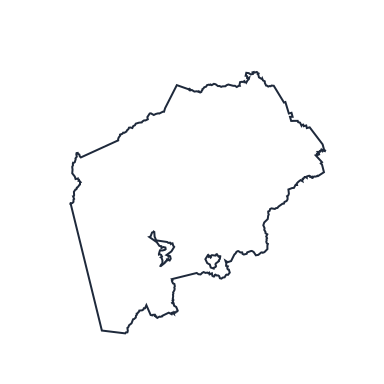 Alpine, Victoria, Australia (Mercator projection), rotated 66°
{"feature_id": "25037944B21518620554178", "entity_name": "Alpine", "entity_type": "district", "adm_level": 2, "iso_a3": "AUS", "parent_name": "Australia", "parent_adm1": "Victoria", "projection": "mercator", "projection_center": [147.028, -36.834], "detail": "fine", "context": "isolated", "style": "outline", "palette": "slate", "viewbox_px": 384, "rotation_deg": 66, "n_neighbors": 0, "source": "geoboundaries", "source_scale": "gbopen_adm2", "svg_char_len": 6042}
<svg xmlns="http://www.w3.org/2000/svg" viewBox="0 0 384 384"><g transform="rotate(66 192 192)"><path d="M128.2,74.1L127.1,76.1L127.4,77.1L126.7,78.2L126.7,79.5L125.3,80.3L124.9,81.0L122.0,81.1L120.5,80.5L118.9,81.8L117.0,81.7L117.4,82.1L114.5,84.2L111.6,83.7L111.1,83.2L110.8,84.0L109.6,83.5L108.7,84.0L108.3,86.8L107.5,86.7L107.3,88.1L108.9,88.4L108.5,90.5L106.5,91.8L105.2,93.9L107.6,95.7L108.0,94.9L108.7,94.6L110.3,95.3L110.8,94.5L110.7,93.2L112.1,94.3L112.5,95.7L114.2,98.0L113.6,98.1L113.1,99.4L112.0,99.1L112.1,100.9L111.5,101.9L111.2,103.4L113.4,105.0L114.4,105.1L114.0,106.1L114.3,108.4L112.4,109.6L111.8,111.1L108.6,115.1L108.5,117.1L109.0,118.4L107.9,121.2L107.8,122.6L106.4,123.7L105.8,125.2L103.2,126.6L102.1,128.0L102.4,130.5L101.3,131.4L101.5,132.1L100.8,132.9L100.5,134.8L101.5,136.3L101.3,138.2L102.1,139.5L102.3,140.7L103.1,141.1L103.5,142.0L104.4,142.8L104.4,144.1L102.8,144.8L103.1,145.4L102.0,146.5L101.2,149.0L98.7,150.7L98.5,152.0L97.7,152.0L97.9,152.9L97.1,153.2L96.6,152.9L96.5,153.6L88.2,162.4L104.5,182.5L107.3,184.9L106.8,185.9L107.0,190.0L106.4,190.9L106.0,193.2L106.1,195.6L103.4,197.6L103.1,198.7L105.4,202.3L107.6,202.8L107.7,205.4L107.1,206.6L107.4,208.6L108.0,209.6L107.1,212.2L106.7,215.6L107.8,217.0L107.9,218.9L109.3,220.5L108.1,221.9L107.6,223.4L108.8,224.7L109.2,226.3L110.1,227.3L110.4,229.7L109.8,230.7L110.5,231.9L110.3,234.4L111.2,234.6L112.4,236.8L113.7,238.0L114.8,238.4L115.2,279.5L113.9,280.0L111.9,279.7L110.7,280.7L109.8,280.5L109.5,281.6L110.4,282.3L112.9,282.9L113.9,284.8L114.7,284.9L117.1,287.0L117.3,288.5L117.0,288.8L117.9,289.5L119.0,289.7L120.3,291.2L122.9,292.0L126.2,293.8L130.2,292.8L132.8,293.1L133.2,291.0L133.5,291.2L134.7,290.3L135.7,291.1L136.3,290.2L137.7,289.8L137.7,290.4L139.6,291.3L140.0,292.7L140.8,293.6L141.2,295.5L142.0,295.8L142.5,296.7L142.3,297.4L143.8,299.8L147.0,301.0L148.0,302.0L147.8,302.4L150.4,302.5L150.7,303.3L152.8,304.3L153.4,305.7L153.4,306.4L153.1,306.9L153.3,306.9L153.5,308.0L154.4,307.8L281.9,330.7L294.0,310.5L293.4,309.4L293.9,308.1L292.7,307.1L289.9,306.3L289.7,305.3L288.1,303.6L287.4,300.7L284.3,297.6L284.5,296.6L283.8,294.4L282.2,293.5L281.7,292.3L280.6,292.0L280.7,291.0L280.1,290.3L279.8,289.1L278.9,288.4L279.8,285.7L279.6,284.2L278.6,283.3L279.1,282.2L276.8,279.7L287.5,279.8L288.6,278.4L288.3,277.7L289.0,275.8L289.6,275.7L290.3,276.3L291.1,275.3L291.6,275.6L292.9,274.9L292.6,272.5L293.2,271.5L293.5,269.8L293.0,269.5L292.8,262.3L295.4,260.3L295.1,260.0L295.2,259.1L294.2,259.5L294.2,258.8L295.8,258.1L295.3,258.0L295.2,257.0L294.7,256.9L295.5,256.1L294.8,254.9L295.1,254.0L294.6,253.3L290.6,253.2L288.6,254.6L286.5,254.1L285.7,255.2L285.2,255.3L285.0,254.0L283.3,253.9L283.3,253.1L282.5,252.8L281.9,253.1L279.4,251.5L278.1,251.2L277.2,250.3L276.1,250.1L274.5,248.0L273.4,247.2L272.2,247.1L271.1,246.0L268.8,245.5L267.8,246.5L265.9,246.6L264.9,246.5L264.6,245.7L263.4,245.9L267.9,220.6L269.7,219.6L270.8,217.7L270.0,215.5L269.9,213.9L271.4,212.6L271.9,210.7L272.8,210.2L272.7,209.1L274.4,209.4L274.4,206.9L276.8,207.5L277.9,206.8L278.2,206.0L277.0,204.8L277.0,204.2L278.4,203.3L278.8,202.1L279.9,201.4L282.1,201.6L283.1,200.3L282.7,198.7L283.2,196.9L281.7,194.8L281.5,194.1L282.3,192.8L281.0,190.3L277.9,189.9L277.2,190.8L276.3,190.8L275.3,190.5L274.5,189.5L273.3,190.9L271.2,189.7L268.4,189.4L270.6,188.0L271.0,184.4L266.4,178.8L265.8,177.1L264.8,175.8L264.6,174.5L264.9,173.6L266.9,172.4L267.6,170.7L269.1,171.0L270.2,170.1L270.7,167.2L269.6,166.1L269.9,162.1L270.2,161.3L271.8,160.1L275.8,159.4L276.4,157.0L275.4,153.3L275.7,152.5L276.3,152.1L276.4,150.3L274.8,146.3L271.7,145.0L270.3,143.8L269.5,144.5L267.7,144.4L266.3,143.3L265.3,143.1L264.7,142.2L262.8,142.3L261.3,140.4L259.6,141.6L258.1,141.1L256.0,141.4L254.5,140.4L251.4,140.4L249.2,138.4L247.5,133.8L244.7,132.1L243.7,131.0L242.6,131.0L240.8,130.3L240.8,128.8L239.3,127.5L239.3,126.0L241.2,123.2L240.9,122.1L241.3,120.4L240.5,118.9L239.5,114.0L240.0,112.8L238.7,111.5L238.7,109.3L237.7,107.8L236.2,107.0L234.5,106.9L234.4,105.6L233.0,104.2L228.9,102.9L229.1,99.0L229.7,97.2L227.7,94.6L228.3,93.2L226.9,93.0L225.9,90.6L225.3,88.0L226.9,86.8L225.9,86.7L225.6,85.4L224.9,85.4L224.6,83.5L224.1,83.0L224.4,82.2L225.6,81.4L224.7,81.1L224.5,80.6L224.8,78.3L225.8,77.5L226.3,77.9L226.9,77.2L227.0,76.0L228.8,76.7L227.8,75.8L227.6,74.0L228.3,72.6L228.2,70.7L228.7,70.5L227.6,63.4L220.0,62.1L218.2,62.7L217.7,61.1L208.8,64.1L208.9,63.3L208.6,63.0L209.3,62.8L209.2,62.4L208.7,62.3L209.3,61.9L209.3,61.4L208.9,61.5L209.1,60.9L208.2,60.9L208.6,60.4L208.1,60.3L206.6,60.7L207.1,59.5L206.6,58.7L207.2,58.2L206.2,57.0L206.7,57.0L206.4,56.3L207.3,56.1L206.7,55.7L207.1,55.4L207.0,54.9L208.0,53.9L208.2,54.6L208.7,54.0L208.3,53.7L206.8,54.1L201.6,53.3L180.8,58.2L180.3,61.1L177.7,60.6L177.3,63.2L175.7,63.0L175.4,64.7L175.7,65.0L172.6,65.1L171.4,66.6L170.0,66.5L167.4,72.5L163.2,71.9L164.2,69.5L160.1,68.9L159.7,71.6L147.8,70.1L147.7,71.6L128.2,74.1ZM213.2,242.7L217.5,244.3L221.6,244.4L227.6,235.0L228.8,234.4L229.3,232.9L230.5,232.6L230.1,232.2L230.9,231.8L231.0,230.7L233.4,231.0L234.9,230.6L237.9,235.0L239.2,240.9L240.4,239.7L241.5,239.8L241.2,238.5L241.8,238.1L244.3,238.6L245.3,240.0L245.5,240.3L244.8,240.9L243.6,241.0L243.3,242.3L244.5,242.7L244.4,243.7L245.1,244.3L245.1,245.3L245.7,245.7L247.0,250.6L246.7,250.9L246.0,250.0L245.0,248.0L242.4,246.8L239.6,246.6L239.0,247.0L238.8,245.7L236.9,245.8L235.6,247.0L235.6,247.6L235.1,247.4L235.0,246.9L234.1,246.6L232.3,245.0L233.4,242.8L233.8,240.3L233.5,239.3L231.9,238.9L230.6,240.6L230.7,242.7L229.0,242.1L228.0,243.7L223.5,244.6L215.7,249.3L215.8,248.0L212.8,245.0L212.9,243.4L212.6,243.1L213.2,242.7ZM270.8,203.3L268.6,205.6L265.5,205.2L263.2,207.0L258.8,207.1L256.3,203.4L256.7,203.2L256.3,202.7L257.1,202.4L257.6,203.3L257.9,203.2L257.4,202.3L259.5,201.7L259.2,201.1L258.0,201.0L257.8,199.5L259.7,196.3L258.9,195.4L258.9,194.6L261.9,194.0L261.9,192.6L262.2,192.3L264.5,193.8L265.4,195.4L266.1,195.5L267.0,199.4L267.7,200.0L269.5,200.2L270.1,201.1L270.1,202.8L270.8,203.3Z" fill="none" stroke="#1e293b" stroke-width="2"/></g></svg>